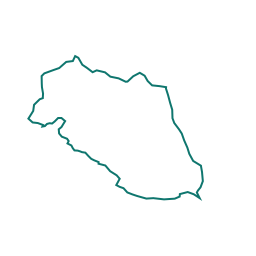 Fasoula Lemesou, Limassol, Cyprus (Robinson projection), rotated 309°
{"feature_id": "46923920B8912190336740", "entity_name": "Fasoula Lemesou", "entity_type": "district", "adm_level": 2, "iso_a3": "CYP", "parent_name": "Cyprus", "parent_adm1": "Limassol", "projection": "robinson", "projection_center": [33.027, 34.754], "detail": "fine", "context": "isolated", "style": "outline", "palette": "teal", "viewbox_px": 256, "rotation_deg": 309, "n_neighbors": 0, "source": "geoboundaries", "source_scale": "gbopen_adm2", "svg_char_len": 1348}
<svg xmlns="http://www.w3.org/2000/svg" viewBox="0 0 256 256"><g transform="rotate(309 128 128)"><path d="M75.3,60.6L77.2,62.2L80.2,62.5L82.4,64.1L83.7,66.2L86.9,66.9L91.8,67.4L93.9,70.0L93.8,74.8L90.5,75.2L86.9,75.7L83.4,75.0L80.4,77.9L79.6,82.0L81.3,87.4L80.5,90.1L77.9,90.7L78.8,95.0L77.6,97.7L76.9,100.5L78.8,103.2L79.7,105.5L80.3,107.5L80.8,108.3L82.0,110.4L81.3,114.8L80.9,118.8L81.6,122.0L83.0,126.6L81.7,127.6L84.6,134.0L83.2,141.3L84.1,149.0L83.3,153.5L76.3,154.8L77.0,158.5L78.4,162.4L77.5,168.0L79.2,173.3L80.8,177.6L81.3,178.8L84.7,186.7L89.4,191.8L95.2,200.9L102.5,208.8L107.2,211.3L109.3,209.9L115.8,214.7L117.9,220.8L118.6,227.8L119.1,226.7L121.2,222.1L123.4,221.7L124.9,221.7L127.5,221.7L133.8,219.6L140.4,213.2L143.7,209.4L144.6,208.4L143.4,199.4L146.5,191.9L150.1,186.5L153.7,179.5L157.5,173.3L159.1,168.4L161.0,160.8L163.6,156.4L170.0,150.9L174.0,145.0L178.8,138.4L182.6,132.6L183.7,131.9L180.4,126.2L176.3,119.9L176.9,113.7L179.1,108.0L178.3,102.4L171.5,99.5L163.8,98.4L162.5,97.1L160.7,89.5L156.8,82.0L156.8,75.1L153.1,67.4L149.1,65.4L148.9,58.5L148.4,52.7L151.3,45.2L150.6,41.7L145.3,43.0L140.5,38.4L131.3,36.8L125.8,33.4L117.8,28.6L114.0,28.2L108.3,33.0L105.6,35.4L101.3,40.3L97.6,43.0L94.8,41.3L86.9,40.4L81.6,43.6L72.6,44.7L72.3,50.4L75.1,54.8L76.9,60.2L75.3,60.6Z" fill="none" stroke="#0f766e" stroke-width="2"/></g></svg>